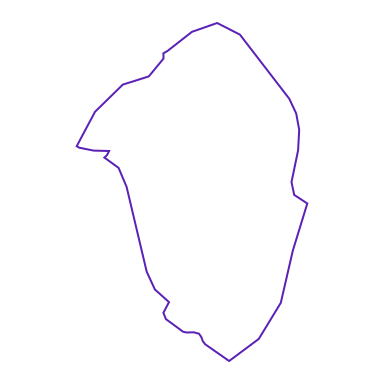 map outline of Şərur (Equal Earth projection)
{"feature_id": "AZE-2419", "entity_name": "Şərur", "entity_type": "District", "adm_level": 1, "iso_a3": "AZE", "parent_name": "Azerbaijan", "parent_adm1": "", "projection": "equal_earth", "projection_center": [44.997, 39.579], "detail": "fine", "context": "isolated", "style": "outline", "palette": "violet", "viewbox_px": 384, "rotation_deg": 0, "n_neighbors": 0, "source": "natural_earth", "source_scale": "10m", "svg_char_len": 616}
<svg xmlns="http://www.w3.org/2000/svg" viewBox="0 0 384 384"><path d="M217.1,23.0L239.9,34.6L244.9,41.1L289.3,98.8L296.2,113.5L299.2,129.8L298.1,150.3L291.5,182.1L294.2,194.9L307.3,203.5L292.8,250.7L280.8,302.8L258.8,338.9L229.1,361.0L205.2,344.3L202.8,341.2L201.4,337.2L199.0,333.7L193.7,332.3L186.5,332.5L183.0,331.7L165.9,319.1L163.4,312.8L169.0,302.1L154.9,289.5L146.7,271.7L126.6,186.9L118.6,167.9L104.4,157.6L107.1,155.0L109.1,151.0L93.6,150.6L79.3,147.7L76.7,146.2L95.0,111.8L122.8,84.6L148.8,76.4L163.5,58.6L163.4,53.3L167.3,51.1L192.0,31.8L217.1,23.0Z" fill="none" stroke="#5b21b6" stroke-width="2"/></svg>